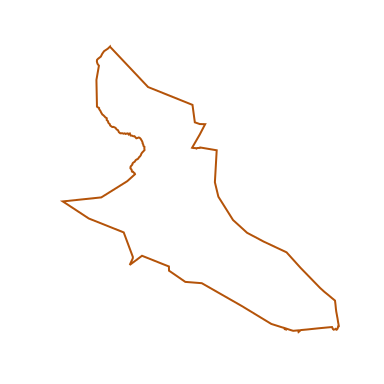 San Francisco Teopan, Oaxaca, Mexico (Natural Earth projection), rotated 353°
{"feature_id": "50627088B43256659786300", "entity_name": "San Francisco Teopan", "entity_type": "district", "adm_level": 2, "iso_a3": "MEX", "parent_name": "Mexico", "parent_adm1": "Oaxaca", "projection": "natural_earth1", "projection_center": [-97.547, 17.899], "detail": "fine", "context": "isolated", "style": "outline", "palette": "amber", "viewbox_px": 384, "rotation_deg": 353, "n_neighbors": 0, "source": "geoboundaries", "source_scale": "gbopen_adm2", "svg_char_len": 2422}
<svg xmlns="http://www.w3.org/2000/svg" viewBox="0 0 384 384"><g transform="rotate(353 192 192)"><path d="M108.1,95.5L108.5,96.3L109.6,96.9L110.0,97.3L109.9,98.1L110.3,99.1L111.0,100.4L111.4,101.7L111.9,102.9L112.5,104.2L113.3,104.9L114.4,106.3L114.8,106.9L115.2,107.5L116.3,108.2L116.4,108.6L116.1,110.1L117.3,111.6L117.3,112.7L117.7,113.6L118.6,114.5L118.9,116.0L119.6,116.7L120.8,117.8L122.0,117.8L123.9,119.0L124.8,120.7L126.1,121.7L126.7,123.7L128.0,125.0L130.1,125.2L131.2,125.8L132.4,125.6L133.2,126.3L134.6,126.0L135.4,126.0L136.1,127.2L137.4,126.4L138.0,128.5L139.4,128.8L140.3,129.4L140.9,129.6L141.7,129.6L143.3,131.9L144.3,131.8L145.8,131.4L146.6,131.8L147.5,132.9L148.7,135.7L149.0,137.0L148.9,137.8L149.3,138.6L149.4,139.1L149.4,139.6L149.6,140.7L150.3,141.4L150.0,142.9L150.0,144.6L148.2,146.1L147.3,146.8L146.9,147.3L146.4,147.8L145.9,148.9L144.8,150.3L143.6,151.1L143.2,151.6L142.7,152.3L141.7,152.9L141.1,152.9L139.9,153.6L138.9,154.9L137.1,155.8L136.4,156.5L136.2,157.4L135.2,158.4L134.4,159.0L133.9,159.9L134.0,160.6L133.8,161.1L134.2,161.7L134.7,162.3L134.8,162.8L134.8,163.4L134.8,163.9L135.0,164.4L135.2,164.7L135.8,164.6L136.2,165.0L136.6,165.8L137.4,166.5L137.6,167.4L129.0,173.4L101.3,186.3L62.6,185.6L86.3,205.7L119.3,223.8L125.4,249.3L125.1,250.7L121.3,256.8L134.6,249.2L153.9,259.8L160.0,263.1L159.6,267.3L174.4,280.4L190.6,283.7L227.6,311.3L254.6,332.6L260.3,335.2L267.1,338.3L267.3,339.4L268.0,339.7L267.7,338.5L273.4,341.2L275.5,342.1L280.9,342.3L280.6,343.1L280.7,343.9L283.2,342.3L289.8,342.5L295.4,342.6L300.6,342.7L304.4,342.8L308.3,342.9L311.8,343.0L314.5,343.1L314.7,343.8L315.0,344.4L315.1,345.1L315.8,345.9L316.6,345.7L317.5,345.8L317.7,345.6L318.0,345.4L318.4,346.0L318.8,346.3L319.8,345.4L320.7,343.2L321.1,343.4L321.4,343.1L321.1,338.0L321.1,337.3L321.0,334.7L320.9,333.5L320.8,331.4L320.6,328.2L320.6,326.9L320.6,325.1L320.7,321.2L320.7,317.2L319.2,315.6L318.2,314.6L314.3,310.4L311.2,307.2L307.4,302.8L290.5,280.5L278.5,263.4L257.0,249.9L241.7,239.2L229.3,224.8L217.6,199.9L215.9,185.1L221.6,153.6L205.5,148.8L205.2,149.2L202.8,149.0L201.7,149.4L201.5,149.0L198.6,148.5L197.5,148.1L206.7,135.9L213.3,126.3L208.0,125.5L203.3,123.2L203.1,105.6L161.2,82.5L128.3,37.8L128.3,37.7L125.9,39.5L123.9,40.5L121.9,41.5L119.8,43.8L118.0,46.5L115.0,48.3L113.9,49.2L113.5,50.5L113.6,52.0L113.9,53.4L115.0,55.3L110.8,69.1L108.1,95.5Z" fill="none" stroke="#b45309" stroke-width="2"/></g></svg>